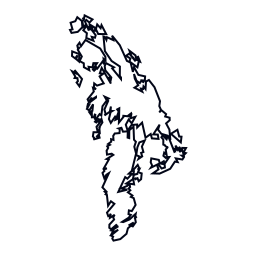 the district of Bømlo nor, Hordaland, Norway
{"feature_id": "86288312B58767518046388", "entity_name": "Bømlo nor", "entity_type": "district", "adm_level": 2, "iso_a3": "NOR", "parent_name": "Norway", "parent_adm1": "Hordaland", "projection": "mercator", "projection_center": [5.207, 59.741], "detail": "fine", "context": "isolated", "style": "outline", "palette": "ink", "viewbox_px": 256, "rotation_deg": 0, "n_neighbors": 0, "source": "geoboundaries", "source_scale": "gbopen_adm2", "svg_char_len": 5800}
<svg xmlns="http://www.w3.org/2000/svg" viewBox="0 0 256 256"><path d="M104.7,96.7L108.7,98.5L107.1,99.4L108.2,100.9L104.4,109.5L105.6,113.8L104.6,115.4L109.8,111.7L110.9,106.5L110.6,110.9L112.4,111.0L110.6,112.1L108.9,119.0L110.8,122.9L115.2,116.5L116.6,117.4L115.6,119.7L117.1,119.0L117.2,115.7L118.7,111.6L117.2,109.4L119.3,108.3L118.9,122.6L124.1,116.1L122.4,115.7L130.0,116.5L131.0,114.6L129.4,114.7L131.1,113.4L131.3,114.6L130.4,118.3L135.3,116.8L131.7,123.3L128.6,119.6L125.8,124.7L127.6,130.6L131.5,125.0L137.1,124.5L137.2,127.5L142.1,122.6L145.5,137.7L150.7,134.0L151.9,138.4L158.5,138.9L157.8,134.6L153.3,134.4L159.6,124.6L158.0,129.6L161.3,133.8L167.8,135.7L169.0,137.2L169.8,139.4L170.3,139.2L169.4,129.6L166.1,123.4L169.7,120.2L169.6,117.7L165.2,116.5L166.1,114.1L161.4,110.2L159.3,112.4L161.0,109.9L159.3,106.1L160.0,101.2L154.5,87.2L148.9,80.0L146.0,81.5L145.5,89.0L143.5,86.4L143.1,89.0L141.0,88.6L142.3,91.7L134.5,87.7L138.2,85.3L134.8,78.6L134.0,74.0L136.5,80.7L139.8,83.1L141.2,80.8L144.0,82.5L142.3,80.4L144.8,80.6L145.1,76.4L138.4,74.9L134.0,67.2L132.9,71.9L130.6,62.6L126.9,60.9L119.8,45.2L112.1,35.7L113.3,40.1L107.0,37.2L106.4,39.9L104.8,36.8L103.5,36.5L104.9,51.1L111.6,61.0L119.9,66.5L119.8,75.8L121.0,77.5L121.0,79.1L112.2,68.4L114.0,67.3L106.0,63.1L104.7,66.0L105.3,70.3L111.3,77.5L110.8,79.8L108.3,77.1L110.9,83.6L101.7,67.9L99.8,73.3L103.3,73.7L99.6,76.4L103.7,83.4L97.0,85.6L94.2,83.4L93.9,87.2L96.0,89.3L93.0,87.9L93.8,91.5L87.6,99.3L88.7,101.7L91.8,97.6L91.3,99.9L96.0,96.9L96.0,97.6L88.0,103.7L87.5,105.9L88.9,105.3L86.9,108.9L89.3,110.4L93.1,104.3L92.4,110.8L89.2,112.1L90.6,114.1L91.8,112.0L91.9,117.3L93.9,117.2L94.8,114.6L95.3,114.8L94.8,118.7L96.2,120.2L95.0,121.7L96.3,122.5L99.7,119.5L96.4,118.5L99.6,114.1L101.3,115.5L102.5,106.2L106.8,100.4L104.7,96.7ZM121.4,127.8L118.6,128.5L119.8,129.1L119.5,133.1L114.7,133.5L113.2,135.9L113.5,139.9L111.1,139.2L111.2,141.7L108.1,144.0L109.8,144.9L107.2,146.3L108.2,147.9L106.6,150.7L107.0,154.6L111.7,153.7L113.3,154.9L106.7,159.0L108.9,159.4L103.9,168.2L106.9,168.5L103.7,169.4L104.4,171.0L102.5,172.9L104.3,178.3L106.3,174.8L108.9,173.1L102.4,187.3L106.2,191.4L104.9,191.8L106.5,193.1L105.6,194.3L106.9,194.9L108.1,205.7L110.9,201.3L114.4,203.8L107.0,212.6L108.3,216.3L109.8,216.0L109.9,215.1L110.2,215.0L110.4,214.5L110.6,214.6L110.0,217.8L114.6,214.8L113.2,217.4L114.1,219.5L109.4,224.6L109.3,227.8L111.1,229.3L116.9,224.4L115.2,226.7L118.3,226.3L111.6,230.5L113.2,230.8L111.7,233.7L118.2,229.7L110.9,235.5L113.1,236.6L112.3,238.6L113.5,240.6L120.3,239.1L126.5,233.8L127.9,228.3L130.3,226.2L129.4,225.0L133.7,222.5L130.7,225.7L132.8,226.4L135.8,222.2L135.0,218.2L136.7,216.6L135.1,217.3L135.7,213.8L129.6,219.4L123.2,222.1L122.1,221.9L128.7,217.7L130.8,214.9L128.5,214.1L128.9,210.4L131.8,211.1L135.6,204.9L133.7,198.1L130.9,196.9L132.4,195.5L127.9,192.3L130.3,190.3L128.6,188.6L130.1,187.0L129.5,183.6L134.1,184.4L133.2,179.0L126.2,183.6L128.9,184.5L127.4,185.8L121.2,188.5L127.3,189.7L118.3,191.9L125.2,177.1L127.4,178.7L132.0,173.8L128.8,173.7L131.8,170.9L136.1,153.5L134.3,146.7L135.9,141.8L134.0,139.7L133.5,126.7L129.3,130.2L129.2,138.1L127.6,137.6L127.8,131.3L123.0,131.7L121.4,127.8ZM85.5,40.0L81.0,46.2L79.5,42.7L77.3,45.6L77.9,48.2L79.7,47.2L77.8,49.8L81.8,56.5L79.6,61.1L83.8,63.3L83.9,67.2L89.3,70.2L88.6,66.8L92.5,67.4L93.4,63.1L97.1,63.1L92.9,69.5L94.1,70.7L95.8,69.1L95.5,66.2L97.4,68.5L102.6,61.4L104.2,64.3L103.6,58.9L105.5,60.7L105.4,56.8L100.2,48.5L85.5,40.0ZM162.5,135.3L161.4,137.3L163.3,139.5L163.3,144.6L165.0,145.3L165.5,146.3L167.4,147.1L167.5,147.5L165.7,149.5L166.6,154.9L164.2,152.6L163.4,155.8L166.6,158.6L165.8,157.2L169.3,157.0L164.6,163.8L163.8,161.2L160.2,163.5L164.6,164.3L164.9,167.5L161.6,168.5L158.6,164.6L157.4,166.2L158.5,169.4L152.8,173.4L159.6,173.6L170.2,168.8L174.9,161.6L177.7,162.1L175.8,158.4L182.4,159.5L183.9,157.2L181.9,155.7L183.8,155.7L183.1,152.7L184.7,154.2L185.8,153.1L183.5,152.5L186.0,148.0L182.3,147.9L182.3,151.0L179.1,146.8L180.5,152.2L175.5,145.6L176.6,149.8L174.1,148.7L175.0,151.2L174.7,151.2L174.6,151.8L174.4,151.9L168.7,137.4L164.9,136.1L167.0,138.2L166.6,139.3L162.5,135.3ZM77.3,17.2L75.3,21.2L70.6,22.7L72.5,29.3L70.0,29.9L71.5,32.9L77.7,31.9L82.4,27.2L81.9,21.0L77.3,17.2ZM89.6,24.4L89.7,26.8L92.2,27.9L92.5,29.3L89.8,27.8L89.0,25.9L90.0,29.4L88.5,29.8L86.8,25.5L83.3,30.3L86.9,33.2L86.3,38.0L93.4,40.7L91.8,36.9L95.0,37.7L95.7,35.2L92.4,30.8L95.0,30.8L95.1,27.8L89.6,24.4ZM135.5,55.4L129.5,50.8L131.5,56.1L133.5,58.0L135.6,61.4L129.3,53.5L126.1,55.8L130.4,58.5L129.5,61.5L137.4,67.3L138.8,61.2L140.1,61.7L138.1,56.8L137.0,57.3L138.4,60.5L136.4,59.7L135.5,55.4ZM144.7,140.5L139.4,142.4L137.4,147.3L136.2,155.2L139.5,156.5L138.5,158.9L142.2,156.4L141.1,152.9L143.4,152.0L141.9,146.6L144.7,140.5ZM137.7,164.9L132.5,170.9L133.9,171.2L133.4,174.7L138.1,173.7L133.9,174.9L132.8,179.1L135.5,178.4L135.7,179.1L137.5,178.2L138.7,181.2L141.1,179.2L141.7,173.4L138.0,172.2L139.5,169.0L137.6,169.6L139.2,168.2L137.7,164.9ZM82.0,79.0L74.5,70.0L77.4,74.1L72.2,71.4L75.3,76.5L74.6,78.0L77.4,78.1L77.9,81.2L76.6,82.5L79.4,86.3L82.0,79.0ZM100.7,119.4L99.7,119.9L99.0,122.0L99.3,123.3L96.5,126.8L97.5,130.9L99.0,129.8L98.1,132.3L93.5,132.2L92.9,136.4L94.6,138.4L93.4,139.5L99.6,137.7L99.0,135.5L96.3,137.0L99.8,133.4L99.3,127.3L102.4,122.4L101.5,119.1L99.9,122.6L100.7,119.4ZM97.2,24.4L95.9,29.2L98.2,34.0L106.2,34.1L101.5,25.1L100.6,28.2L97.2,24.4ZM177.4,129.8L170.9,133.8L180.8,142.4L181.5,136.7L179.2,136.5L177.4,129.8ZM158.8,159.9L151.3,158.4L150.7,162.3L152.2,165.7L150.9,167.7L159.8,163.3L158.8,159.9ZM84.6,15.4L84.0,18.9L82.4,18.0L83.9,19.3L82.4,21.4L83.3,26.9L86.2,24.4L85.0,21.5L86.3,19.9L89.4,22.6L92.5,19.4L84.6,15.4ZM72.2,51.4L72.0,56.0L75.2,58.4L77.4,55.3L76.3,59.2L79.0,61.5L79.3,54.1L72.2,51.4Z" fill="none" stroke="#020617" stroke-width="2"/></svg>